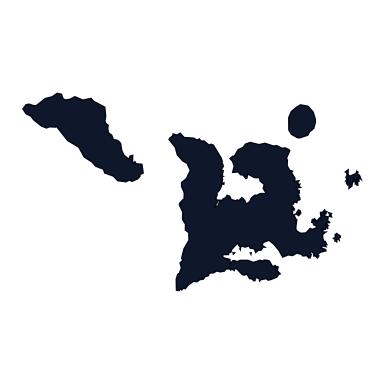 the district of Bima, Nusa Tenggara Barat, Indonesia
{"feature_id": "22746128B14082340634491", "entity_name": "Bima", "entity_type": "district", "adm_level": 2, "iso_a3": "IDN", "parent_name": "Indonesia", "parent_adm1": "Nusa Tenggara Barat", "projection": "robinson", "projection_center": [118.835, -8.483], "detail": "fine", "context": "isolated", "style": "filled", "palette": "ink", "viewbox_px": 384, "rotation_deg": 0, "n_neighbors": 0, "source": "geoboundaries", "source_scale": "gbopen_adm2", "svg_char_len": 6094}
<svg xmlns="http://www.w3.org/2000/svg" viewBox="0 0 384 384"><path d="M227.2,195.3L225.7,197.8L223.1,198.9L223.0,200.3L219.0,200.2L220.1,202.1L218.6,203.5L218.3,206.0L215.7,206.2L213.5,208.5L218.0,200.9L215.7,198.8L217.2,194.7L216.6,193.2L219.5,190.1L221.3,186.3L222.5,179.1L221.8,177.1L222.7,176.6L221.2,176.4L222.4,175.2L220.6,174.5L221.9,174.4L222.9,172.5L222.4,171.1L223.8,170.8L221.0,170.1L223.3,166.2L222.5,163.9L221.6,163.9L222.2,161.5L221.2,158.2L213.3,145.2L211.0,144.3L209.0,145.2L204.0,141.0L200.9,141.1L199.3,139.0L197.0,140.2L193.8,138.2L184.1,137.6L180.1,133.3L177.0,135.2L173.3,134.0L172.5,136.2L169.8,138.1L169.1,139.5L175.3,147.1L177.4,154.8L182.7,160.8L187.1,163.3L190.4,170.4L186.5,178.6L181.6,182.6L181.7,186.7L184.3,192.6L184.2,198.7L180.1,202.7L179.4,204.8L182.9,212.2L182.6,219.4L185.6,224.3L185.4,230.1L188.9,232.5L189.0,240.4L184.1,248.7L181.7,258.4L183.1,260.0L180.1,263.1L181.5,267.8L179.5,273.2L177.7,274.5L176.3,279.2L176.5,290.2L179.1,290.6L180.9,288.6L181.8,289.8L183.3,288.1L185.3,288.6L188.0,285.1L193.7,281.1L197.0,281.7L199.8,279.6L203.3,279.1L205.1,276.6L208.5,275.6L208.2,274.4L210.7,272.8L213.3,272.9L216.8,270.9L220.2,271.8L224.3,271.1L225.8,268.9L228.2,268.9L228.6,267.7L230.7,270.0L231.3,268.5L234.1,270.4L234.6,268.5L236.7,268.7L242.2,274.4L244.1,275.1L247.0,274.1L249.6,278.5L252.7,279.1L253.6,280.7L255.0,280.5L255.2,278.1L257.1,277.6L259.4,278.9L259.7,280.8L261.0,279.5L266.4,278.6L268.1,280.1L271.1,279.4L276.9,277.0L278.6,274.3L280.1,273.8L277.2,270.7L278.1,267.0L276.7,266.6L275.5,268.2L275.3,265.7L272.5,266.6L269.3,261.0L266.3,260.2L264.0,260.2L263.6,261.2L259.8,260.4L253.3,262.5L248.0,260.4L240.2,260.4L237.1,261.7L234.2,260.6L232.6,260.9L229.9,264.0L229.9,259.5L223.4,257.8L222.5,256.7L223.1,254.5L228.5,254.5L228.9,252.5L230.9,252.1L231.5,249.6L237.3,243.2L238.9,243.7L238.3,244.8L240.4,247.4L242.0,245.9L245.0,247.1L248.9,245.8L250.3,248.1L254.2,248.7L255.7,252.4L258.6,250.0L260.8,250.3L263.2,247.1L264.7,247.1L261.9,245.1L263.3,242.3L268.9,240.2L273.4,243.7L279.0,250.3L282.7,257.0L288.4,254.8L292.6,255.5L296.5,253.0L301.5,254.3L302.9,255.9L306.8,255.5L308.7,257.8L309.4,257.0L310.1,257.7L311.2,254.6L310.0,252.6L311.3,251.4L313.5,253.0L314.0,256.0L314.9,255.6L317.5,257.9L318.8,255.9L317.6,254.2L320.5,252.1L325.9,250.8L325.5,249.6L320.6,247.6L322.8,245.9L326.0,246.6L324.9,244.2L326.7,244.5L325.3,241.5L323.6,241.2L322.7,238.2L322.5,234.5L325.7,232.1L322.4,232.1L322.9,230.5L321.2,229.6L323.6,229.7L323.4,227.3L324.3,229.3L325.6,229.1L325.6,226.6L328.1,228.8L326.9,226.5L328.1,225.8L326.5,225.1L327.3,224.7L325.9,223.3L329.2,222.3L330.2,223.0L327.5,220.3L328.2,217.0L323.2,215.6L325.2,214.2L323.6,214.1L324.1,212.9L325.8,213.1L326.6,211.6L325.2,211.5L324.7,210.0L322.5,212.4L320.5,212.5L321.2,218.8L320.3,217.7L319.1,218.5L317.0,221.4L314.9,219.2L314.8,220.6L313.7,219.2L312.3,219.6L311.8,222.2L312.6,222.0L313.8,224.8L316.3,225.9L316.6,227.9L311.9,229.5L310.2,228.5L306.0,233.0L300.6,233.4L296.8,231.1L295.6,228.7L296.7,219.5L295.1,219.1L295.2,217.3L294.0,216.7L294.5,215.2L292.6,214.6L293.3,213.9L292.0,214.5L292.6,211.6L291.7,210.6L292.6,209.6L293.9,210.2L294.3,208.8L293.1,207.4L292.1,208.0L292.7,206.5L291.6,205.3L292.4,203.3L293.5,203.9L293.9,201.7L296.7,202.6L297.5,200.5L299.9,199.6L299.6,197.5L297.3,196.9L299.0,195.9L298.3,194.2L299.3,192.8L299.1,190.5L296.9,189.7L297.3,188.8L296.3,188.0L300.3,187.3L298.8,186.4L299.7,184.3L297.2,185.1L298.4,184.0L297.2,183.3L298.8,180.9L294.6,181.5L294.9,178.3L291.4,172.5L292.5,171.2L289.7,170.4L287.1,165.9L287.3,160.1L286.4,158.1L289.7,150.7L288.9,149.7L285.1,147.9L282.0,148.4L276.8,145.7L273.4,146.1L265.0,143.4L259.0,144.7L250.3,142.5L245.8,144.0L242.8,147.7L238.3,149.6L234.2,156.6L232.6,156.3L230.1,158.6L232.5,161.1L234.3,166.2L232.7,172.3L238.2,171.9L240.6,174.7L243.0,174.9L245.8,178.4L246.9,177.9L247.6,173.9L254.6,177.6L259.6,177.6L260.2,181.1L264.3,184.3L263.3,188.4L266.4,193.6L260.1,193.6L257.3,195.3L254.8,195.3L251.4,198.0L249.8,201.7L246.1,204.1L244.8,200.5L241.9,197.7L238.8,200.8L237.3,199.9L235.7,200.9L231.1,199.5L229.6,196.2L227.2,195.3ZM141.9,164.4L136.1,163.8L134.9,161.8L133.9,163.0L132.5,162.1L132.6,155.4L130.1,156.1L128.9,159.4L123.8,155.1L121.7,150.6L120.5,143.3L117.9,140.6L113.2,139.4L111.7,135.3L108.5,132.9L107.6,128.2L108.1,125.3L105.4,123.2L104.8,120.3L105.6,116.4L104.7,107.2L93.3,101.2L91.0,98.4L83.0,100.2L74.9,96.8L69.9,99.4L65.0,100.0L62.9,98.6L61.4,94.3L57.1,93.4L52.2,96.9L45.2,98.6L36.7,105.5L34.0,105.8L28.9,104.2L26.1,104.8L23.0,108.9L26.0,113.6L31.0,116.1L33.7,119.7L41.5,126.0L46.4,127.9L49.5,126.7L55.5,127.0L56.3,126.0L67.8,140.6L78.8,147.0L84.2,156.9L92.3,162.1L95.8,166.2L103.4,169.1L104.9,173.0L113.4,176.0L117.7,180.6L125.8,181.7L129.4,180.0L132.1,181.3L137.8,178.7L139.9,176.3L139.9,174.5L143.1,173.0L141.9,164.4ZM308.0,106.3L300.5,104.9L296.4,107.4L291.5,111.5L288.8,117.6L288.9,130.0L291.4,134.2L297.2,137.5L299.7,137.8L307.8,135.1L309.4,131.9L313.6,128.4L315.3,122.5L315.3,119.4L313.1,112.1L308.0,106.3ZM348.0,174.3L348.1,169.9L345.5,171.9L346.6,172.3L347.1,175.1L346.0,177.6L347.1,179.3L345.9,180.9L347.8,180.7L346.4,182.8L347.6,184.8L349.3,183.6L349.0,188.2L351.9,186.0L352.4,182.3L353.6,181.6L353.5,178.9L354.9,179.7L355.4,183.8L356.4,182.6L356.9,185.0L357.8,185.1L357.2,179.7L359.2,181.8L357.5,178.5L358.9,179.3L358.8,177.5L361.0,179.2L359.4,175.3L357.2,174.0L357.9,172.0L356.8,171.3L356.2,173.5L349.7,176.3L348.0,174.3ZM340.3,236.1L336.7,233.6L336.0,235.4L335.2,233.8L335.4,237.6L333.6,238.3L335.1,239.4L335.0,241.0L336.6,241.1L336.8,242.6L336.6,239.8L338.1,238.8L339.1,239.9L338.8,237.9L340.1,237.5L340.3,236.1ZM298.5,210.0L297.0,212.3L298.8,212.9L297.9,213.5L299.0,214.6L298.1,216.1L300.8,213.2L300.2,211.0L298.5,210.0ZM331.4,213.6L328.8,212.8L329.8,214.3L329.3,216.3L331.5,216.8L330.8,214.6L331.4,213.6ZM234.5,252.9L233.1,252.6L233.4,254.0L234.5,252.9ZM223.9,182.9L222.8,183.3L222.6,183.9L223.7,184.3L223.9,182.9ZM297.4,214.7L296.8,213.5L295.7,214.0L297.4,214.7ZM251.1,252.9L250.5,252.9L250.9,253.9L251.1,252.9ZM240.3,249.5L240.4,248.2L239.9,248.9L240.3,249.5Z" fill="#0f172a" stroke="#020617" stroke-width="1.5"/></svg>